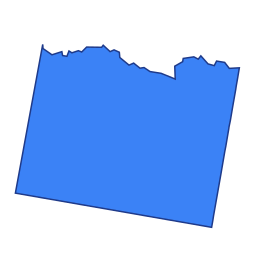 Cass, Texas, United States of America (orthographic projection), rotated 10°
{"feature_id": "52423323B4448800346359", "entity_name": "Cass", "entity_type": "district", "adm_level": 2, "iso_a3": "USA", "parent_name": "United States of America", "parent_adm1": "Texas", "projection": "orthographic", "projection_center": [-94.255, 33.095], "detail": "fine", "context": "isolated", "style": "filled", "palette": "blue", "viewbox_px": 256, "rotation_deg": 10, "n_neighbors": 0, "source": "geoboundaries", "source_scale": "gbopen_adm2", "svg_char_len": 819}
<svg xmlns="http://www.w3.org/2000/svg" viewBox="0 0 256 256"><g transform="rotate(10 128 128)"><path d="M28.4,211.7L225.2,211.3L227.6,211.3L227.6,206.7L227.6,204.3L227.5,200.0L227.5,189.2L227.5,182.3L227.5,157.6L227.4,134.2L227.5,129.1L227.4,113.1L227.4,111.4L227.3,109.4L227.5,102.9L227.4,87.5L227.4,86.4L227.4,81.5L227.4,71.2L227.3,68.0L227.3,63.8L227.3,59.8L227.2,49.4L217.4,51.7L211.8,46.6L203.6,46.7L202.1,51.6L195.7,51.0L187.2,44.3L185.2,48.0L180.5,46.5L170.3,49.9L170.3,53.2L163.3,59.0L166.0,71.6L151.1,68.4L139.9,68.6L133.3,65.7L129.4,67.0L122.3,63.1L118.1,65.9L107.7,60.0L106.3,54.9L100.7,53.5L97.1,55.9L89.2,50.8L88.0,53.1L73.2,55.5L69.2,61.2L65.7,60.5L59.7,63.7L56.5,62.4L55.4,68.0L51.0,68.0L49.6,64.3L40.4,69.1L30.5,64.5L29.5,60.5L28.4,211.7Z" fill="#3b82f6" stroke="#1e3a8a" stroke-width="1.5"/></g></svg>